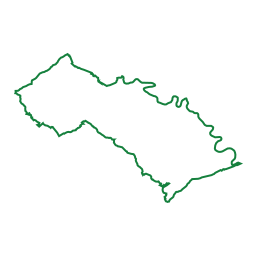 Farcasesti, Gorj, Romania
{"feature_id": "2599482B37967446659038", "entity_name": "Farcasesti", "entity_type": "district", "adm_level": 2, "iso_a3": "ROU", "parent_name": "Romania", "parent_adm1": "Gorj", "projection": "natural_earth1", "projection_center": [23.175, 44.859], "detail": "fine", "context": "isolated", "style": "outline", "palette": "green", "viewbox_px": 256, "rotation_deg": 0, "n_neighbors": 0, "source": "geoboundaries", "source_scale": "gbopen_adm2", "svg_char_len": 5758}
<svg xmlns="http://www.w3.org/2000/svg" viewBox="0 0 256 256"><path d="M240.6,163.6L238.2,162.6L236.9,163.1L235.7,164.0L233.0,165.0L232.5,165.0L232.0,164.6L231.7,163.1L231.8,161.8L232.2,161.2L234.7,158.8L235.2,157.5L235.4,154.7L235.0,152.5L234.2,150.7L233.5,150.1L231.5,148.7L229.9,148.3L227.6,148.5L222.6,151.3L221.4,151.7L220.0,151.9L218.7,151.8L217.4,151.3L215.5,150.1L214.9,148.8L214.9,148.1L215.3,145.3L216.2,143.1L218.1,141.2L219.9,140.6L220.9,140.1L221.4,139.1L221.4,138.5L221.1,137.7L220.7,137.3L219.8,137.0L215.1,137.3L211.7,135.7L210.8,135.0L210.2,133.9L210.2,132.7L210.7,131.9L212.8,129.5L213.2,127.8L213.1,127.3L212.6,126.8L211.2,125.9L206.7,125.9L205.1,125.1L204.6,124.7L202.8,122.0L199.6,118.8L198.7,117.6L198.3,116.5L198.3,114.7L198.0,113.9L197.5,113.4L197.0,113.1L194.9,113.1L193.9,112.7L193.4,112.1L192.8,111.7L190.0,111.2L189.1,110.5L187.3,108.5L186.8,107.3L186.7,106.1L187.0,105.3L188.1,103.3L187.7,101.9L186.8,100.5L186.7,99.4L186.3,98.5L185.4,98.6L184.7,98.9L183.8,99.6L182.8,100.1L182.0,100.9L181.5,102.1L180.7,105.3L180.2,106.2L178.9,106.9L178.0,106.8L176.8,106.1L176.4,105.1L176.5,103.1L177.5,101.3L177.7,100.6L177.8,98.4L177.7,97.6L176.4,96.7L175.2,96.3L173.6,96.4L173.0,97.0L172.5,98.1L172.3,100.0L171.0,102.1L168.1,103.2L166.1,104.4L164.8,104.5L162.8,104.0L160.0,102.8L158.1,102.2L157.5,101.1L157.4,98.4L157.1,97.7L156.0,96.7L155.3,96.3L153.7,96.0L149.5,94.2L147.2,92.3L145.7,91.6L144.4,90.4L143.9,89.6L143.8,88.9L143.9,88.5L145.2,87.8L149.1,86.9L152.1,86.7L154.5,85.9L154.8,85.8L155.1,85.2L154.7,84.4L152.7,83.2L151.2,82.9L142.0,82.7L140.6,81.9L137.7,79.2L136.4,79.1L135.7,79.3L135.2,79.7L133.4,81.7L132.6,82.3L132.0,82.5L130.8,82.5L128.4,83.5L126.2,83.6L124.8,83.1L124.2,82.6L123.3,79.5L123.6,78.3L123.5,77.5L123.3,76.9L122.5,76.3L122.1,76.2L121.6,77.2L121.1,77.7L118.5,77.7L117.2,78.0L117.2,78.5L117.4,79.2L117.2,80.0L116.7,80.6L116.3,82.1L115.3,82.9L109.8,85.2L107.7,85.6L106.8,86.0L102.7,83.6L101.7,83.3L101.8,83.1L100.3,82.3L100.2,82.5L100.4,82.9L98.9,81.9L98.5,81.3L98.6,81.1L98.3,81.2L98.2,80.9L98.1,80.5L98.3,80.2L98.1,77.8L97.3,77.6L95.1,75.5L94.5,75.5L94.0,76.2L93.4,75.9L93.5,75.5L93.2,75.4L93.2,74.9L92.9,74.1L92.7,74.0L92.4,74.3L91.1,73.8L91.6,72.8L83.7,69.7L81.1,68.9L78.9,67.7L78.5,68.0L77.7,67.8L76.8,66.9L75.9,66.5L75.6,66.6L75.2,66.2L74.8,66.4L71.7,63.6L72.1,63.2L72.5,62.7L70.2,56.8L69.8,56.7L69.5,56.2L69.6,55.9L69.4,55.4L69.2,55.3L68.7,55.6L68.2,55.0L68.2,54.5L68.6,54.1L67.9,54.4L67.6,54.1L64.8,55.5L64.3,56.0L62.4,57.2L61.2,57.5L59.4,59.1L58.0,61.2L57.4,62.5L56.6,63.1L55.7,64.3L53.0,65.2L51.9,66.6L50.8,67.2L50.2,68.4L48.9,69.5L46.9,70.8L46.0,71.0L44.2,72.0L42.5,72.3L39.7,73.6L36.2,77.9L35.2,78.7L32.0,80.4L31.8,81.1L31.6,84.0L29.9,84.2L28.3,84.8L26.1,86.1L23.1,87.1L21.5,88.5L20.1,89.0L19.2,90.0L17.9,90.8L15.6,90.9L15.7,92.4L15.4,93.2L16.5,93.3L17.5,94.5L18.7,94.8L20.3,95.6L20.4,96.3L20.2,96.7L20.2,97.6L20.5,98.3L20.6,99.0L20.2,101.1L20.4,101.2L20.6,102.0L21.1,102.9L21.7,103.6L23.4,104.6L23.8,105.4L25.2,106.6L25.4,107.7L25.2,108.7L25.4,110.3L25.3,110.8L25.8,111.2L26.9,112.8L26.4,114.0L27.6,114.2L28.8,114.7L28.8,114.4L28.3,113.7L29.3,113.2L29.8,114.3L31.0,115.1L31.2,116.2L31.1,117.1L31.2,117.5L32.2,117.5L32.2,118.1L32.0,118.5L33.0,119.5L33.5,120.2L34.0,119.8L35.7,120.4L36.9,121.6L39.4,122.9L39.0,124.2L37.3,124.9L39.2,126.6L42.9,123.2L43.2,124.0L44.6,124.8L45.1,125.3L47.6,125.8L49.9,127.3L50.3,127.2L50.8,127.4L50.9,127.7L51.8,126.9L52.7,127.0L52.9,127.2L52.9,127.6L53.3,127.9L57.2,132.7L59.1,136.1L63.5,133.4L64.3,133.7L65.1,133.1L67.2,132.1L68.5,131.9L70.2,132.2L71.5,131.8L72.8,130.7L75.8,130.2L75.9,129.7L76.2,129.3L77.3,128.6L77.8,128.0L78.4,127.9L79.9,127.2L80.0,126.8L80.8,126.1L80.3,125.4L82.4,123.8L83.2,123.8L81.9,122.5L83.4,121.3L84.2,121.6L84.7,121.4L85.3,120.8L86.3,121.3L88.2,122.7L88.3,122.6L90.2,123.7L91.1,124.4L91.9,125.6L93.5,127.0L93.6,126.8L94.1,127.3L96.1,128.5L97.1,129.8L97.3,131.0L98.1,132.3L99.0,132.7L99.4,133.1L100.0,133.2L102.2,134.9L103.2,135.4L105.4,137.3L106.3,137.6L107.8,137.6L108.7,137.9L109.2,138.0L109.6,137.8L110.4,137.8L111.2,138.2L112.1,139.5L114.1,139.5L113.6,139.9L114.1,140.7L113.9,142.7L114.5,143.4L115.0,144.4L115.9,145.3L117.5,145.9L118.0,146.4L119.1,146.5L122.2,147.3L126.0,151.2L126.9,151.5L127.2,152.5L127.9,152.9L131.0,153.8L133.6,154.2L133.9,154.8L134.5,155.4L135.0,156.5L135.2,157.8L136.0,158.9L135.8,160.4L136.1,161.5L137.4,164.0L137.4,164.9L138.3,166.1L140.1,167.2L140.7,167.9L141.7,168.7L142.1,169.3L142.4,170.3L142.6,171.6L141.9,172.8L142.5,174.4L142.9,174.6L143.0,175.0L143.9,174.2L144.4,174.6L145.3,173.9L146.0,173.7L150.4,175.5L151.2,176.6L151.2,178.3L151.9,179.4L152.7,179.8L152.9,179.6L153.7,180.4L155.6,181.5L157.4,181.7L158.5,181.4L159.0,182.0L159.1,182.4L160.2,183.5L161.0,183.5L161.2,183.8L160.9,184.5L159.9,185.2L162.0,186.3L163.7,185.1L163.9,185.3L164.0,185.1L164.7,185.7L164.8,185.6L164.9,185.1L165.4,185.0L166.2,185.2L166.6,184.9L166.5,184.4L167.0,184.3L167.0,184.0L166.5,183.6L166.9,183.2L167.8,184.0L168.8,183.3L169.1,183.5L166.8,185.3L163.1,187.4L162.6,189.4L162.7,190.8L163.4,192.4L163.7,192.8L166.3,193.5L166.0,194.3L166.4,194.7L166.1,195.5L165.0,196.7L164.6,197.0L165.4,198.4L165.0,198.7L165.3,199.2L165.0,199.5L165.8,201.1L166.1,201.4L166.6,201.4L167.4,201.9L169.1,201.5L169.3,200.6L170.2,199.4L172.8,197.4L173.4,196.7L173.8,195.2L174.2,194.4L175.3,193.2L175.8,192.2L176.5,191.9L177.8,191.9L178.9,191.3L180.1,191.0L181.1,190.6L182.3,189.3L186.2,186.2L187.0,185.0L187.3,184.2L187.8,183.6L189.1,182.7L190.2,180.9L191.5,179.9L192.1,179.1L198.1,178.8L200.3,178.2L201.8,177.4L211.6,175.1L213.1,174.3L213.9,174.1L215.3,172.8L220.6,170.1L221.7,170.7L222.4,169.9L223.3,169.2L224.1,169.7L224.7,169.2L225.8,169.2L226.3,169.0L233.7,166.3L235.7,165.2L237.4,165.1L240.6,163.6Z" fill="none" stroke="#15803d" stroke-width="2"/></svg>